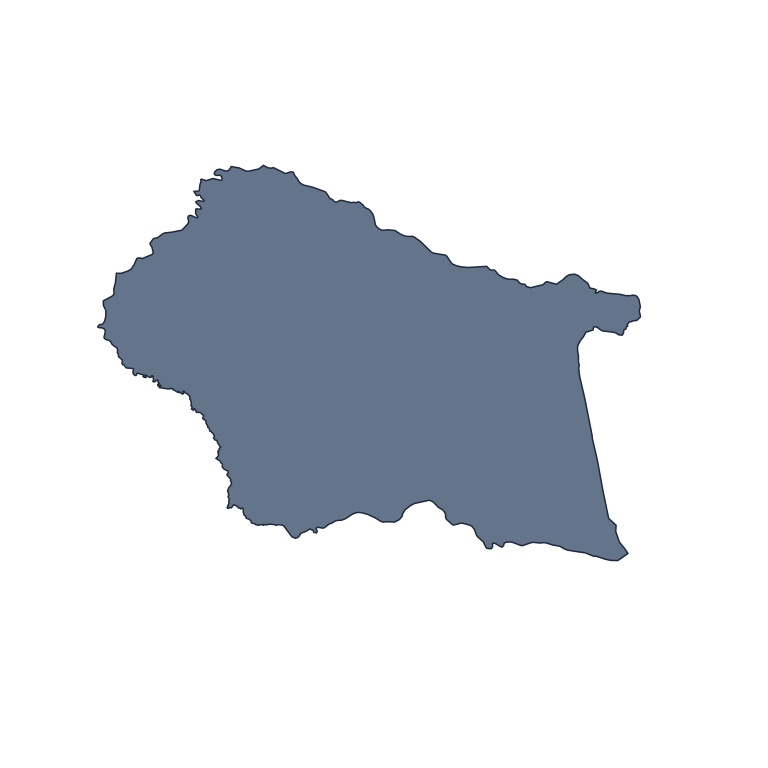 Lacluta, Viqueque, East Timor (Robinson projection), rotated 293°
{"feature_id": "22284137B55605414153919", "entity_name": "Lacluta", "entity_type": "district", "adm_level": 2, "iso_a3": "TLS", "parent_name": "East Timor", "parent_adm1": "Viqueque", "projection": "robinson", "projection_center": [126.14, -8.806], "detail": "fine", "context": "isolated", "style": "filled", "palette": "slate", "viewbox_px": 768, "rotation_deg": 293, "n_neighbors": 0, "source": "geoboundaries", "source_scale": "gbopen_adm2", "svg_char_len": 6158}
<svg xmlns="http://www.w3.org/2000/svg" viewBox="0 0 768 768"><g transform="rotate(293 384 384)"><path d="M323.3,674.8L326.6,669.8L330.4,662.5L338.8,654.9L344.6,652.9L348.0,643.5L348.7,642.9L371.2,627.3L396.6,610.6L415.5,596.9L417.6,595.9L449.1,574.5L467.5,561.1L474.7,557.0L477.5,556.5L480.1,554.5L486.1,551.9L489.7,549.5L493.1,547.9L495.2,547.4L500.6,547.8L505.3,549.1L510.7,549.7L515.3,555.3L518.4,554.7L519.2,556.0L519.4,557.9L519.1,560.2L518.5,561.7L518.3,564.7L521.4,575.3L521.6,577.0L521.0,580.9L522.0,584.1L524.0,584.6L527.8,583.7L529.2,585.2L530.9,584.8L532.5,585.7L533.5,584.8L536.4,585.2L539.9,589.3L541.2,591.8L545.3,593.7L546.5,593.7L550.8,590.5L555.3,589.8L561.3,585.7L563.4,582.8L563.7,581.0L563.2,578.7L561.5,576.1L559.7,571.7L558.8,566.3L554.8,553.8L554.4,547.4L552.9,545.4L552.1,545.4L550.3,543.6L550.8,542.7L553.5,542.9L553.6,540.0L552.8,536.1L556.4,532.1L558.0,525.4L559.7,520.6L559.6,516.5L557.1,512.2L555.8,510.8L552.8,509.1L550.7,508.4L543.2,503.8L541.9,494.2L540.6,492.8L537.5,491.6L529.9,481.2L529.3,477.1L530.8,474.9L529.8,471.2L530.0,469.4L531.7,466.0L531.2,462.7L528.8,456.8L528.6,451.7L529.2,447.0L531.7,442.1L532.0,440.7L530.6,438.1L530.6,437.0L532.4,432.5L524.2,416.1L522.0,409.4L521.1,403.9L521.3,399.4L526.2,391.9L526.6,390.3L523.8,378.3L523.9,376.0L529.4,362.1L531.1,354.6L531.0,352.3L529.1,348.2L528.3,344.6L528.5,339.9L529.6,334.2L527.6,327.7L525.0,322.7L524.7,320.7L524.9,319.0L525.7,316.1L527.2,313.9L533.5,309.6L536.2,307.1L537.4,305.0L538.8,302.2L539.0,297.2L540.5,294.9L541.8,290.6L541.7,289.1L540.2,287.8L539.1,284.5L538.1,282.9L536.5,273.2L535.7,271.6L533.0,269.5L532.6,268.5L532.5,266.9L533.5,265.0L533.8,261.3L536.5,257.7L538.0,254.9L537.3,241.6L535.7,232.3L536.1,229.0L537.2,226.3L539.0,224.3L540.9,220.6L543.5,217.8L542.9,215.3L539.2,211.1L540.0,197.6L538.8,196.2L537.7,193.0L538.1,187.6L533.1,184.8L527.1,176.4L526.1,173.8L526.3,166.4L524.5,158.4L521.1,158.0L519.2,156.9L518.2,155.1L517.6,148.8L515.8,146.4L512.8,145.3L511.2,145.5L510.6,146.3L510.4,147.9L512.1,151.7L511.4,153.5L509.5,154.8L508.5,154.9L507.8,154.4L506.3,146.2L501.8,141.0L501.2,135.8L500.3,135.5L498.7,136.5L496.0,136.6L489.9,138.3L489.2,137.9L487.0,133.8L484.2,137.9L485.8,140.5L485.5,141.6L484.1,142.8L482.7,146.7L481.6,146.5L481.3,145.9L480.5,141.8L478.6,139.8L478.0,139.7L477.3,140.4L475.6,145.6L473.9,147.3L472.7,145.6L472.0,143.0L471.3,142.4L468.2,143.6L466.8,144.6L465.2,147.1L464.1,147.1L463.7,146.1L463.8,140.3L462.6,138.5L460.8,138.3L457.0,140.8L455.2,141.0L446.6,137.9L440.7,129.1L437.5,123.3L436.0,121.8L430.4,118.5L427.7,115.0L422.7,113.7L421.5,113.9L419.0,117.1L414.7,120.3L412.8,120.1L405.1,112.6L404.7,110.1L403.6,107.9L402.8,107.4L396.2,107.4L390.5,106.2L387.6,103.8L383.2,98.8L381.4,94.4L372.0,97.3L366.3,98.0L361.6,100.2L359.7,100.0L358.4,99.2L351.0,93.2L347.9,94.3L345.8,95.9L344.0,98.3L341.8,99.8L336.7,101.7L332.3,102.2L329.7,101.8L329.0,101.4L327.6,99.1L326.3,98.3L324.6,98.3L324.6,100.4L325.5,102.2L325.4,105.0L324.0,106.8L317.3,108.1L316.3,110.1L316.6,115.0L314.0,118.6L312.8,124.1L311.3,125.5L309.0,126.1L307.7,127.7L305.4,129.0L303.9,133.6L300.4,134.9L299.7,135.9L300.0,136.9L298.1,140.4L300.2,147.1L299.4,147.9L297.2,148.1L295.5,149.1L294.6,151.1L294.8,152.2L295.2,152.5L297.6,152.5L298.4,159.4L297.5,159.7L296.9,159.3L296.5,159.9L296.7,162.1L297.2,162.3L298.8,161.0L299.1,162.2L298.5,164.3L298.8,166.4L299.5,167.2L300.9,167.0L301.1,167.7L300.6,168.5L297.7,170.2L296.6,170.6L296.3,170.2L296.0,170.7L296.0,171.5L296.7,172.3L298.6,173.2L299.2,174.1L296.9,175.7L296.9,177.0L295.5,176.9L295.1,176.0L294.2,176.5L294.0,176.8L294.9,177.6L295.5,179.2L295.1,179.4L293.5,178.2L292.9,178.6L295.0,186.9L295.5,188.2L296.5,188.9L296.4,189.7L297.0,191.2L297.0,191.8L296.5,191.8L296.3,192.4L296.4,194.0L295.8,196.1L296.0,198.4L296.8,198.0L296.0,202.5L296.7,203.2L298.9,202.0L299.2,202.8L298.1,204.7L298.1,206.9L296.4,210.4L294.2,211.1L293.8,212.0L291.9,213.7L288.6,214.9L288.0,216.3L285.7,216.7L285.8,217.9L285.3,218.5L286.9,218.8L287.2,219.7L285.8,220.7L285.5,221.9L284.6,222.5L286.0,226.0L286.0,226.7L285.1,227.8L284.8,229.9L284.1,230.5L281.8,230.4L281.1,231.1L280.7,233.8L280.2,234.6L278.2,235.7L277.0,237.5L275.2,238.8L275.2,240.0L272.6,242.1L272.6,243.5L271.3,246.5L269.2,248.6L267.8,248.1L266.5,250.0L266.7,252.2L265.0,253.7L262.8,256.8L262.3,258.3L260.2,257.5L259.3,258.2L258.0,257.5L256.8,257.5L256.2,258.5L255.5,258.3L253.5,259.7L249.8,258.5L249.1,263.1L247.8,264.7L247.4,266.3L244.5,267.6L243.7,268.7L243.1,270.3L243.0,274.2L241.8,275.1L240.0,275.2L239.7,274.8L238.8,275.1L236.5,279.9L234.5,280.8L233.7,282.2L231.2,282.6L228.2,281.7L224.6,281.7L221.7,284.3L219.2,284.6L217.6,286.5L215.1,287.0L214.0,287.9L209.2,287.8L208.5,288.6L208.7,289.4L210.0,290.2L210.5,292.0L213.8,292.7L214.3,294.9L213.6,297.6L213.1,298.4L213.4,299.9L213.0,300.9L214.5,302.0L214.4,302.9L210.7,304.7L208.4,307.0L208.1,308.4L206.6,309.7L206.8,312.4L206.3,314.2L205.8,315.3L204.6,316.0L204.3,317.1L204.8,319.2L204.4,321.2L204.9,323.5L206.9,326.3L206.7,327.8L207.1,328.5L207.9,328.4L208.3,330.7L210.2,333.4L211.7,337.7L211.7,339.8L213.3,341.8L214.4,345.9L214.1,347.4L207.4,358.8L207.3,362.5L208.8,364.4L210.3,365.2L214.2,365.9L218.0,369.9L221.5,372.3L221.5,375.8L220.0,377.6L220.6,380.0L222.1,380.2L224.5,378.0L226.1,378.6L227.5,384.2L228.5,385.4L233.7,388.2L235.7,390.5L239.4,393.1L242.2,398.4L245.0,401.2L252.0,405.9L254.5,408.5L255.8,410.7L256.8,413.9L257.6,419.9L257.3,428.5L256.4,434.1L256.4,436.8L258.9,441.8L261.0,447.7L265.3,451.2L269.1,452.3L272.1,451.9L276.5,452.6L282.6,456.0L285.9,458.7L294.7,471.1L294.8,474.3L294.2,476.6L291.8,481.9L290.9,488.0L288.1,491.7L285.9,492.4L283.9,494.2L281.1,502.3L281.6,503.5L286.4,509.9L287.6,518.2L287.2,520.7L285.5,524.0L280.8,528.4L280.0,529.8L277.6,536.9L273.5,541.7L273.0,542.7L273.1,544.0L274.4,547.2L276.3,547.6L279.4,546.3L280.3,546.9L280.6,549.5L279.8,555.1L280.0,556.4L281.8,557.2L284.7,556.8L286.8,559.4L288.4,563.3L288.8,572.7L289.2,574.5L295.4,581.4L296.6,583.4L298.7,590.1L300.5,593.2L301.1,595.6L301.7,602.2L303.4,609.5L302.7,613.8L302.8,618.2L307.2,635.3L307.4,644.7L308.3,646.2L309.2,656.1L310.1,661.3L312.8,668.2L323.3,674.8Z" fill="#64748b" stroke="#1e293b" stroke-width="1.5"/></g></svg>